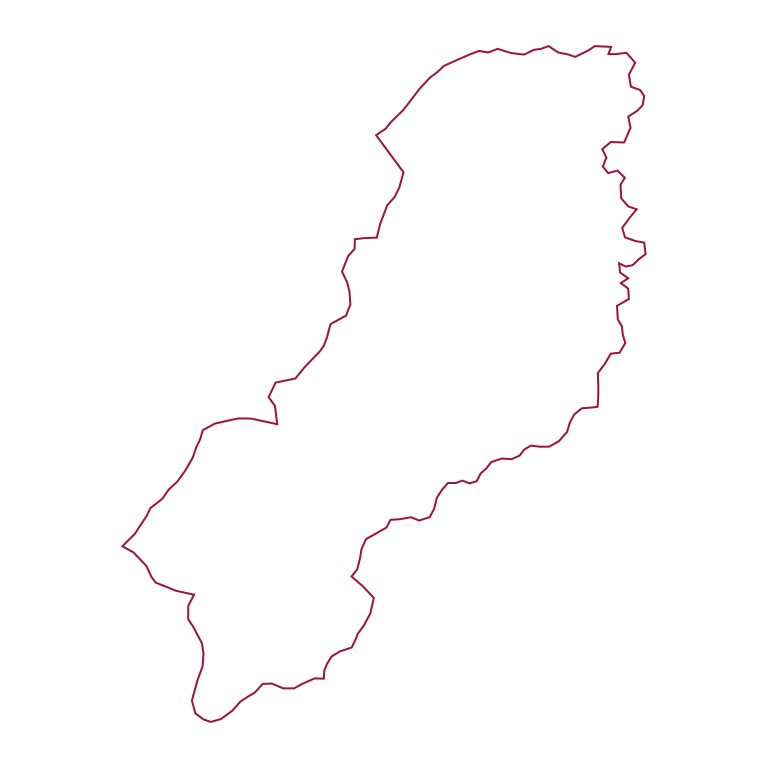 the district of Mandaguaçu, Paraná, Brazil
{"feature_id": "56859067B52596014738529", "entity_name": "Mandaguaçu", "entity_type": "district", "adm_level": 2, "iso_a3": "BRA", "parent_name": "Brazil", "parent_adm1": "Paraná", "projection": "mercator", "projection_center": [-52.052, -23.286], "detail": "fine", "context": "isolated", "style": "outline", "palette": "rose", "viewbox_px": 768, "rotation_deg": 0, "n_neighbors": 0, "source": "geoboundaries", "source_scale": "gbopen_adm2", "svg_char_len": 2498}
<svg xmlns="http://www.w3.org/2000/svg" viewBox="0 0 768 768"><path d="M635.2,62.7L626.4,52.7L616.5,54.1L608.5,54.1L611.1,46.9L595.0,46.1L587.5,50.9L575.2,56.9L568.7,54.6L558.2,52.5L548.6,46.1L540.9,48.9L534.1,49.8L524.1,54.6L511.1,53.0L497.6,48.9L488.3,52.5L479.0,50.9L470.4,54.2L458.3,59.4L443.9,65.9L437.5,72.0L430.0,77.6L419.8,88.5L407.8,104.2L403.0,110.3L390.8,122.2L385.7,128.6L376.1,135.2L403.5,172.3L399.4,187.2L394.8,196.8L387.2,205.3L380.1,224.1L376.8,237.6L363.4,238.2L354.9,239.2L354.6,248.8L348.2,256.1L344.9,264.1L342.0,271.7L347.1,282.2L349.4,291.2L350.4,304.5L346.0,315.7L330.5,324.1L327.1,337.0L323.8,345.8L319.4,351.9L311.1,360.4L304.2,367.7L295.4,378.5L285.7,380.5L275.6,382.6L268.6,397.2L274.9,405.7L277.2,424.2L251.2,418.6L238.3,418.4L226.9,420.9L214.6,423.7L202.8,430.2L200.2,439.1L196.1,447.6L192.8,457.5L185.3,470.6L177.5,481.4L168.7,489.6L162.4,498.7L150.5,508.0L146.8,515.7L140.9,524.6L134.6,534.2L129.5,539.1L122.4,546.3L133.5,552.4L146.5,566.1L151.5,577.0L155.7,582.6L176.1,590.8L194.1,594.7L188.3,605.7L188.2,619.2L193.4,627.1L197.9,635.6L202.0,643.5L203.5,654.0L202.6,666.3L197.6,679.9L191.9,700.5L195.4,713.4L203.5,719.4L210.8,721.9L220.8,719.1L232.1,710.9L240.4,701.6L247.5,696.9L255.0,692.4L262.6,683.9L271.9,683.6L283.0,688.3L294.2,688.3L302.8,683.6L314.6,678.4L323.8,678.7L324.3,670.7L327.1,663.7L331.6,656.5L340.1,651.3L351.7,647.5L355.3,640.0L358.2,633.1L363.4,626.3L370.4,613.3L373.8,597.9L362.8,586.2L351.5,576.5L357.2,569.3L360.0,558.4L361.5,549.1L366.0,539.1L375.3,533.9L386.5,527.5L390.5,519.8L399.4,519.3L411.1,517.2L419.1,520.5L429.7,517.2L434.2,508.7L436.8,497.9L441.9,489.9L447.9,483.0L456.0,483.0L462.4,480.6L469.7,483.4L476.8,481.1L480.5,473.7L486.5,468.2L491.2,462.1L502.0,458.5L511.6,459.2L519.6,455.6L524.3,449.5L530.9,445.6L540.0,446.7L549.1,446.7L558.9,441.2L567.1,431.9L569.7,423.0L574.2,414.5L581.8,408.3L590.8,407.6L597.6,406.8L598.3,395.1L598.3,385.4L597.9,373.0L605.2,363.3L610.8,353.7L619.6,352.7L625.3,343.0L622.7,334.2L622.0,326.5L617.8,319.4L617.0,305.9L628.9,298.9L628.2,288.6L620.8,283.1L628.2,278.3L620.1,272.6L619.1,263.4L625.7,266.5L632.6,265.2L639.0,259.0L645.6,254.1L644.2,242.6L635.7,241.1L625.0,237.4L622.2,227.9L630.2,217.0L636.7,209.3L628.2,206.4L621.2,198.3L620.5,184.7L624.8,177.8L617.5,170.6L608.2,173.1L602.8,166.6L606.4,157.7L602.3,149.2L610.8,142.0L624.1,142.5L630.5,127.9L628.3,116.6L637.4,110.6L642.6,105.3L644.2,96.1L640.1,90.0L630.9,86.7L628.9,74.8L635.2,62.7Z" fill="none" stroke="#9f1239" stroke-width="2"/></svg>